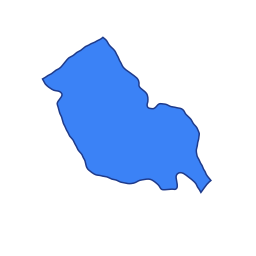 the district of Villa Jaragua, Bahoruco, Dominican Republic, rotated 127°
{"feature_id": "3306468B1836648434057", "entity_name": "Villa Jaragua", "entity_type": "district", "adm_level": 2, "iso_a3": "DOM", "parent_name": "Dominican Republic", "parent_adm1": "Bahoruco", "projection": "orthographic", "projection_center": [-71.495, 18.534], "detail": "fine", "context": "isolated", "style": "filled", "palette": "blue", "viewbox_px": 256, "rotation_deg": 127, "n_neighbors": 0, "source": "geoboundaries", "source_scale": "gbopen_adm2", "svg_char_len": 2922}
<svg xmlns="http://www.w3.org/2000/svg" viewBox="0 0 256 256"><g transform="rotate(127 128 128)"><path d="M70.7,202.6L72.7,203.1L74.0,203.6L76.9,205.1L79.5,206.2L82.9,208.2L85.5,209.3L88.4,210.9L89.7,211.3L91.8,211.8L94.5,212.5L97.5,213.9L98.7,214.4L102.2,215.2L103.5,215.6L106.5,217.0L107.8,217.5L110.1,217.8L117.9,218.1L119.4,218.2L120.9,218.5L122.3,218.9L125.2,220.3L130.7,221.8L134.3,223.5L137.5,224.6L140.3,225.8L142.2,221.6L142.7,220.3L143.0,218.1L143.1,215.9L142.9,212.2L142.5,210.0L142.0,208.8L140.5,205.9L140.1,204.6L140.0,203.3L140.1,202.6L140.3,202.0L140.5,201.4L141.0,200.9L141.5,200.5L142.7,200.1L144.0,200.0L148.7,199.9L150.0,199.7L151.2,199.2L152.0,198.3L153.5,196.2L156.7,192.1L157.5,190.9L159.1,187.8L163.1,182.5L163.8,181.2L164.7,179.3L166.6,175.9L167.7,173.3L169.5,169.8L169.8,168.5L170.4,165.7L170.8,164.3L172.6,160.8L173.7,158.3L175.5,154.8L175.9,153.4L176.6,150.0L177.0,148.7L178.6,145.8L179.4,143.9L180.1,142.6L181.0,141.5L183.4,138.6L184.2,137.4L184.5,136.7L185.0,135.4L185.2,133.9L185.3,130.2L185.1,127.3L184.6,125.2L184.0,124.0L182.7,121.7L181.6,119.1L179.8,115.6L179.4,114.2L178.8,111.5L178.5,110.1L177.1,107.1L176.6,105.8L175.9,102.4L175.5,101.0L172.3,94.4L171.5,93.3L170.6,92.2L168.6,90.3L166.9,89.2L163.7,87.7L162.6,87.0L161.0,85.6L159.0,83.7L157.5,82.2L156.2,80.5L155.6,79.3L155.2,78.0L155.0,76.6L154.9,74.5L155.0,71.7L155.2,69.7L155.5,68.4L156.6,65.6L156.8,64.5L156.5,63.4L155.8,62.3L155.0,61.3L150.9,56.7L150.1,55.7L148.8,53.6L148.4,53.3L147.5,52.9L146.5,52.9L146.0,53.0L144.9,53.6L143.4,54.8L139.1,59.3L138.1,60.2L136.9,60.8L136.4,60.9L135.4,61.0L134.8,60.9L134.1,60.7L133.5,60.5L132.5,59.7L131.7,58.6L131.4,58.0L130.9,56.5L130.8,55.0L130.7,53.4L130.8,46.0L131.0,43.5L131.2,42.0L131.4,41.2L131.8,39.8L133.3,36.9L134.4,33.6L135.6,31.0L129.9,31.1L125.6,31.1L122.2,30.7L120.0,30.2L118.7,35.5L118.0,37.5L116.4,40.3L115.4,42.9L113.4,46.3L112.4,48.9L110.5,52.4L109.4,54.9L108.6,56.2L107.6,57.3L106.6,58.4L105.5,59.4L104.3,60.3L103.0,60.9L100.5,62.0L97.6,63.6L94.4,64.9L90.5,67.1L89.5,67.8L88.8,68.8L86.9,72.1L86.3,73.3L85.9,74.7L85.4,77.4L85.0,78.8L83.7,81.7L83.2,83.0L82.9,84.5L82.3,89.5L82.0,90.8L80.9,93.1L80.5,94.3L80.4,95.0L80.4,96.3L80.5,97.0L80.9,98.2L82.1,100.5L83.2,103.0L85.0,106.5L85.4,107.9L85.9,110.7L86.3,112.0L86.9,113.2L88.5,115.9L89.2,116.9L89.7,117.4L90.2,117.7L91.4,118.1L94.6,118.4L95.9,118.7L97.0,119.2L97.5,119.6L98.2,120.6L99.3,122.6L99.6,123.7L99.6,124.3L99.5,124.9L99.2,125.4L98.5,126.3L97.5,127.0L95.1,128.0L93.3,129.2L91.6,130.6L90.1,132.4L89.4,133.7L89.0,135.2L88.8,136.7L88.6,142.0L88.3,143.4L88.0,144.0L87.7,144.5L87.3,145.0L85.4,146.3L84.6,147.2L83.8,148.2L83.2,149.5L82.8,150.9L82.7,152.5L82.6,154.9L82.8,164.6L82.6,167.0L82.3,168.5L81.8,169.9L80.3,172.8L79.2,175.3L77.2,178.8L76.1,181.3L74.9,183.6L74.4,184.8L73.9,186.9L73.4,191.2L73.1,192.6L72.7,193.9L71.4,196.9L71.0,198.2L70.8,199.7L70.7,202.6Z" fill="#3b82f6" stroke="#1e3a8a" stroke-width="1.5"/></g></svg>